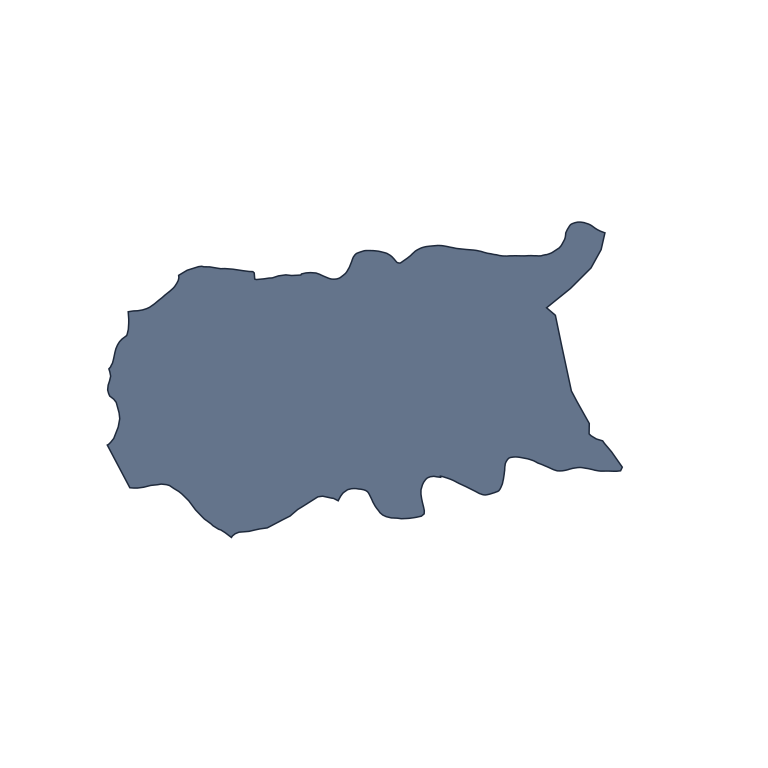 La Courville, Micoud, Saint Lucia (orthographic projection), rotated 325°
{"feature_id": "8701671B31446207074709", "entity_name": "La Courville", "entity_type": "district", "adm_level": 2, "iso_a3": "LCA", "parent_name": "Saint Lucia", "parent_adm1": "Micoud", "projection": "orthographic", "projection_center": [-60.926, 13.81], "detail": "fine", "context": "isolated", "style": "filled", "palette": "slate", "viewbox_px": 768, "rotation_deg": 325, "n_neighbors": 0, "source": "geoboundaries", "source_scale": "gbopen_adm2", "svg_char_len": 6171}
<svg xmlns="http://www.w3.org/2000/svg" viewBox="0 0 768 768"><g transform="rotate(325 384 384)"><path d="M215.9,178.1L212.0,184.6L209.8,187.7L205.9,192.6L202.3,195.8L201.0,196.7L195.3,196.9L191.8,197.6L189.4,198.6L187.9,199.3L184.5,201.4L181.6,203.9L178.1,207.2L175.9,209.2L173.5,211.2L171.2,212.3L169.8,213.2L167.3,213.8L166.4,216.7L164.6,220.8L160.9,224.1L157.4,226.7L154.2,230.4L152.9,234.0L152.4,236.6L153.9,241.4L154.1,245.5L150.4,255.8L147.6,260.9L141.6,266.8L131.4,273.6L126.6,275.0L123.6,275.5L122.3,275.3L116.3,323.2L119.1,325.5L122.5,327.9L127.9,330.7L134.8,333.3L140.9,336.7L144.1,338.2L148.1,341.7L150.1,344.2L151.9,349.0L154.2,354.2L155.3,357.9L155.9,361.0L157.1,367.7L157.4,379.0L158.9,388.6L159.4,391.5L162.1,399.4L162.6,402.0L165.2,408.1L166.6,409.9L168.6,414.7L171.0,422.2L172.7,421.5L176.2,421.3L180.2,422.2L188.9,427.3L194.7,429.6L199.2,431.5L205.8,434.9L223.1,437.1L231.4,438.3L232.3,438.2L234.0,438.0L241.4,437.3L245.8,437.6L254.1,438.0L265.1,438.5L269.4,440.7L275.6,447.4L277.1,448.8L279.5,453.4L281.3,452.4L284.2,451.0L287.4,449.9L288.9,449.7L293.6,449.7L297.3,451.1L299.7,452.6L301.4,453.9L303.0,455.5L304.6,456.8L306.7,459.0L307.9,460.7L308.7,462.7L308.8,464.1L308.6,466.3L308.0,470.1L307.7,471.9L307.2,474.2L306.7,478.9L306.7,481.8L306.9,484.8L306.9,487.2L307.8,490.6L309.7,493.9L313.1,497.8L317.9,501.5L319.2,502.7L320.9,504.3L322.8,505.5L325.0,506.9L327.6,508.5L332.1,510.8L334.2,511.8L338.8,513.7L342.4,513.4L344.3,511.0L345.8,507.6L347.6,502.9L349.1,499.4L351.1,495.4L353.6,491.9L355.7,490.2L357.7,488.6L360.2,487.2L363.4,486.1L365.7,485.8L368.7,486.5L371.9,488.2L374.0,490.3L376.9,492.9L377.4,491.9L378.5,493.0L380.0,494.9L380.5,495.6L381.9,497.4L384.0,500.4L384.6,501.4L385.2,502.3L386.5,504.7L387.3,506.4L388.1,507.8L388.4,508.5L388.8,509.1L390.0,511.2L390.4,511.8L390.8,512.6L392.0,514.6L397.2,524.2L398.0,525.8L398.9,527.6L399.5,528.7L400.0,529.3L401.1,530.9L402.1,532.0L403.2,532.9L403.7,533.2L404.9,533.8L406.8,534.6L408.2,535.1L410.8,535.9L412.3,536.4L414.0,536.8L415.4,537.2L416.7,537.3L417.4,537.1L418.9,536.6L419.4,536.3L420.4,535.8L421.5,535.1L423.7,533.7L424.9,532.6L425.4,532.1L426.5,531.1L427.1,530.6L428.9,528.7L431.1,526.4L432.3,525.0L432.7,524.6L433.2,524.1L435.4,521.2L436.6,520.0L437.1,519.4L437.7,518.8L438.8,518.1L439.7,517.6L441.6,516.8L442.3,516.6L442.9,516.5L443.7,516.4L444.3,516.4L445.6,516.8L448.0,518.0L449.3,518.8L449.8,519.1L450.7,519.8L451.7,520.6L453.0,521.8L454.8,523.6L457.8,526.7L458.7,527.6L459.9,529.1L460.5,529.9L461.3,531.0L461.7,531.5L462.9,533.3L463.3,534.2L463.6,534.7L464.3,536.2L464.7,537.0L465.7,538.4L466.6,539.7L467.4,540.9L468.6,542.9L470.0,545.1L471.5,547.6L472.4,549.2L473.8,551.5L475.3,553.5L476.1,554.5L478.1,556.0L479.5,556.9L480.1,557.3L482.1,558.3L483.7,559.0L486.1,559.9L487.0,560.1L487.7,560.4L490.4,561.4L491.6,562.0L492.4,562.4L494.6,563.5L495.9,564.3L496.7,564.8L497.7,565.6L498.8,566.6L499.7,567.5L500.4,568.2L501.1,568.9L502.7,570.4L506.0,574.0L507.2,575.5L508.2,576.5L509.9,578.2L511.6,579.7L513.5,581.0L514.8,581.9L516.3,582.9L518.4,584.4L522.1,587.2L524.7,589.0L527.3,590.4L528.0,590.8L530.5,589.4L531.5,588.8L531.5,570.1L530.5,559.1L530.5,556.0L526.4,550.8L523.9,545.1L523.4,542.5L529.5,534.1L532.0,509.2L533.5,497.2L552.0,453.4L563.8,426.0L560.9,414.8L591.5,412.7L620.1,407.7L638.9,398.5L651.7,386.9L651.3,386.4L649.0,383.0L647.3,379.9L646.3,377.5L644.9,373.4L644.2,371.9L643.3,370.3L641.0,367.3L640.7,366.8L639.9,366.0L638.3,364.5L637.2,363.6L636.5,363.2L635.9,362.7L635.3,362.4L633.7,361.7L632.3,361.2L631.5,361.0L630.0,360.6L629.1,360.5L628.2,360.5L627.4,360.7L626.5,361.0L625.8,361.3L622.8,362.6L620.7,363.8L620.0,364.2L619.3,364.7L618.9,365.3L617.4,367.0L616.8,367.6L616.2,368.1L615.8,368.5L614.4,369.4L613.2,370.0L611.4,370.9L609.8,371.7L608.4,372.3L607.8,372.5L607.0,372.7L606.3,372.8L605.7,373.0L605.1,373.0L598.4,372.8L596.5,372.7L595.2,372.4L592.9,371.8L592.3,371.6L591.1,371.2L590.6,370.8L588.0,369.7L586.7,369.3L585.3,368.6L584.7,368.1L584.1,367.8L583.3,367.1L581.9,366.0L581.1,365.5L579.8,364.5L578.0,363.1L576.3,362.0L575.8,361.6L574.9,361.1L572.8,359.8L570.1,357.9L566.7,355.4L564.8,354.0L562.9,352.8L561.9,352.1L560.3,351.0L558.6,350.0L557.9,349.6L557.0,348.9L554.8,347.3L552.2,344.9L550.3,342.7L548.4,341.0L546.3,338.7L543.9,336.4L543.0,335.4L542.5,334.7L541.9,334.1L539.6,331.1L537.8,329.2L537.1,328.4L536.0,327.3L534.0,325.5L528.2,320.7L522.1,315.4L520.8,314.2L519.6,312.9L518.4,311.6L516.7,309.9L514.4,307.4L512.0,305.0L510.6,303.7L508.8,302.3L507.6,301.4L505.7,300.3L500.3,297.2L497.3,295.6L495.8,295.0L494.5,294.5L493.2,294.1L491.6,293.7L489.5,293.4L488.0,293.2L485.8,293.1L484.4,293.3L483.7,293.4L481.9,293.6L480.4,293.9L479.0,294.1L476.9,294.2L475.5,294.3L474.4,294.3L473.2,294.3L471.8,294.3L470.2,294.3L467.4,294.3L466.7,294.2L466.0,293.8L465.5,293.3L464.7,292.4L464.4,291.9L464.3,291.3L464.2,290.6L463.9,286.8L463.7,285.7L463.6,284.7L463.3,283.7L463.2,283.1L462.9,282.2L462.0,280.2L461.6,279.3L461.3,278.7L460.9,278.1L459.6,276.5L457.0,273.5L455.7,272.1L453.8,270.4L453.1,269.8L452.5,269.3L451.7,268.6L447.9,265.8L445.7,264.3L445.0,263.9L444.2,263.5L443.0,263.1L441.7,262.7L440.4,262.3L439.0,261.9L437.0,261.4L436.4,261.3L435.8,261.3L434.4,261.5L433.8,261.7L433.2,261.9L431.8,262.4L430.6,263.1L429.4,263.9L427.8,265.1L425.2,266.8L422.3,268.7L421.7,268.9L419.0,270.2L417.9,270.7L416.3,271.2L415.5,271.4L414.8,271.4L413.9,271.5L413.0,271.6L411.8,271.6L410.9,271.7L409.4,271.7L408.7,271.7L408.0,271.6L405.7,270.9L404.4,270.2L403.4,269.6L402.0,268.6L401.3,268.0L400.7,267.4L400.3,266.9L399.5,265.9L397.7,263.1L396.5,261.2L394.9,258.5L394.2,257.2L393.4,256.1L392.0,254.1L387.7,250.6L383.7,248.2L379.5,246.5L378.7,247.0L377.8,246.7L370.5,242.1L366.2,238.3L359.6,234.9L353.3,233.0L350.6,231.3L345.8,228.9L339.3,225.2L338.3,223.9L341.4,218.6L341.0,216.7L338.1,214.5L333.7,210.5L326.1,203.3L319.9,198.2L316.4,195.9L313.8,193.4L308.4,188.1L303.7,184.7L302.2,183.0L299.4,181.5L288.0,177.9L278.1,177.2L276.9,179.3L274.8,181.2L271.9,182.7L268.4,184.1L266.3,184.6L262.2,185.1L255.7,185.5L251.5,186.0L247.4,186.2L241.8,186.7L235.9,186.7L232.7,186.1L228.6,184.8L224.2,182.7L220.6,180.4L215.9,178.1Z" fill="#64748b" stroke="#1e293b" stroke-width="1.5"/></g></svg>